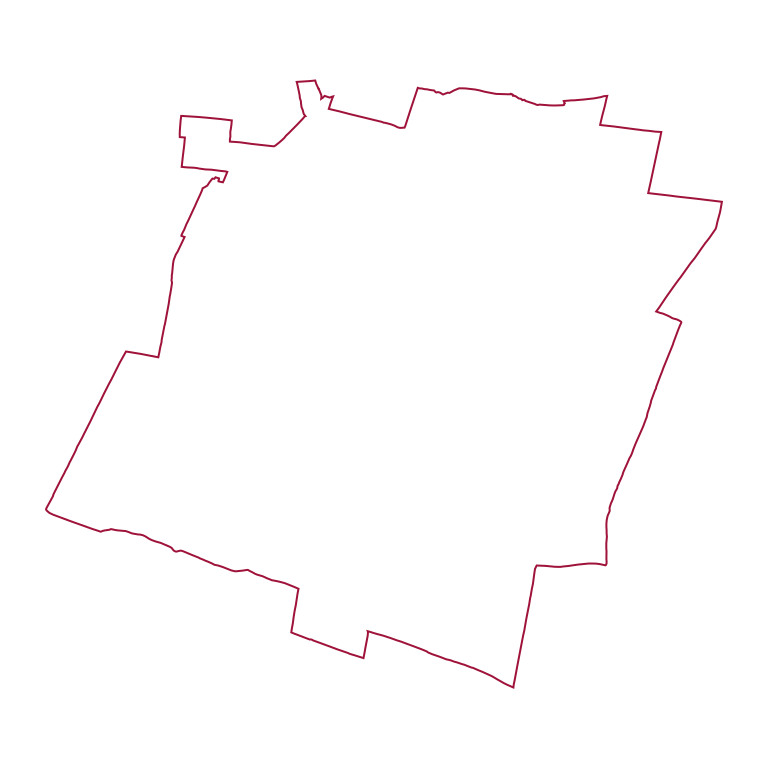 the district of Oprisor, Mehedinti, Romania
{"feature_id": "2599482B3285510863665", "entity_name": "Oprisor", "entity_type": "district", "adm_level": 2, "iso_a3": "ROU", "parent_name": "Romania", "parent_adm1": "Mehedinti", "projection": "equal_earth", "projection_center": [23.062, 44.291], "detail": "fine", "context": "isolated", "style": "outline", "palette": "rose", "viewbox_px": 768, "rotation_deg": 0, "n_neighbors": 0, "source": "geoboundaries", "source_scale": "gbopen_adm2", "svg_char_len": 6024}
<svg xmlns="http://www.w3.org/2000/svg" viewBox="0 0 768 768"><path d="M513.4,687.5L513.8,684.1L514.6,680.5L517.4,665.4L523.1,635.7L524.2,631.0L526.3,618.9L527.2,614.3L529.2,604.2L530.2,597.8L530.7,595.8L531.8,589.2L532.9,584.0L534.3,573.6L535.0,568.9L536.7,565.5L545.7,565.9L555.1,566.8L560.5,566.9L562.9,566.5L568.2,566.0L577.8,564.6L588.9,563.5L595.8,563.6L599.8,564.1L605.4,565.3L605.9,565.0L606.0,564.9L606.5,563.6L606.6,561.8L606.4,558.9L606.5,551.5L606.3,548.0L606.3,543.4L606.9,536.7L606.6,533.2L606.6,530.2L606.4,527.1L606.4,523.9L606.7,520.1L607.6,515.9L609.6,511.3L609.7,510.0L609.6,509.1L609.6,507.6L611.0,503.2L612.1,500.9L613.2,497.9L614.7,493.1L615.3,491.6L617.1,488.5L617.6,485.8L618.6,484.1L619.3,482.1L620.6,479.4L622.4,475.2L623.4,471.9L627.1,463.7L629.5,458.1L631.0,455.6L632.3,452.4L633.3,449.4L635.6,443.6L643.1,426.6L646.2,418.3L646.5,417.8L646.7,417.2L647.5,413.1L649.8,406.3L650.8,402.7L651.2,400.5L651.8,399.0L655.0,390.3L656.0,388.5L656.1,387.4L656.2,386.9L660.2,376.3L662.1,371.5L663.3,368.1L672.9,344.5L673.4,342.7L678.4,329.3L680.0,325.4L681.1,323.1L681.3,322.5L681.3,322.1L680.9,321.6L679.5,320.7L677.9,319.9L676.5,319.3L674.3,318.8L672.5,318.2L671.8,317.9L670.2,316.9L668.5,316.0L663.9,314.0L662.6,313.5L660.4,313.0L656.2,311.5L659.2,307.5L666.1,297.2L673.3,287.0L677.9,280.7L680.6,277.2L690.5,263.3L694.8,258.0L702.4,247.1L705.2,243.2L709.1,238.3L715.7,228.8L716.0,227.7L716.3,226.9L716.5,225.9L717.4,221.8L719.9,212.7L720.5,209.8L721.9,201.8L695.5,198.6L676.5,196.5L669.9,195.6L648.2,193.1L650.9,180.9L658.9,143.4L659.7,140.0L661.3,132.0L654.9,131.6L649.6,130.9L642.9,130.3L639.6,129.8L635.3,129.3L614.0,126.5L601.0,125.1L600.1,124.9L602.1,116.3L605.0,105.3L606.3,99.3L607.2,95.9L603.8,96.2L600.9,97.1L593.9,98.4L583.9,99.5L574.4,100.3L572.2,100.3L564.0,101.0L563.7,101.1L564.8,103.4L564.1,104.0L564.1,104.8L563.3,105.2L554.9,105.5L550.1,105.4L539.7,104.6L537.4,105.0L536.1,104.6L535.0,104.0L525.4,100.9L525.1,100.4L524.2,99.8L522.3,100.2L521.9,99.6L520.8,98.8L518.7,98.4L515.5,96.1L514.8,96.1L514.2,95.7L513.0,95.8L512.9,95.5L513.1,95.1L512.9,94.8L512.7,94.8L512.3,94.7L511.9,94.1L511.1,93.9L510.8,94.2L510.4,93.9L509.8,94.2L508.9,94.3L496.0,93.9L484.9,91.8L479.2,90.3L475.0,89.5L465.2,88.4L459.1,88.3L453.8,90.5L449.5,92.9L447.7,92.7L443.0,94.5L442.1,94.0L440.5,92.9L439.7,92.5L437.8,92.1L436.4,92.5L435.9,92.3L435.1,91.6L434.1,90.5L430.2,90.0L427.0,89.3L424.8,89.2L421.8,88.5L419.4,88.4L418.2,87.9L417.8,87.8L410.7,109.1L405.3,125.9L404.5,127.7L402.9,127.7L401.1,127.9L399.4,127.8L397.5,127.2L394.8,125.8L391.5,124.5L387.2,123.3L385.0,122.8L383.4,122.6L382.3,122.0L349.4,114.0L339.1,111.3L328.8,108.9L330.5,103.4L332.1,98.9L333.1,96.4L331.3,96.9L329.8,97.6L324.6,95.9L323.1,97.5L321.2,98.8L321.4,97.1L321.4,95.9L321.2,94.9L319.5,90.7L318.4,88.7L318.7,88.6L318.1,87.8L316.4,84.3L315.2,80.5L309.4,81.1L296.7,81.9L297.4,84.6L298.6,90.2L299.1,92.7L299.6,95.2L299.9,98.2L300.7,100.6L300.9,101.5L301.0,103.3L301.5,107.1L302.7,110.0L303.7,113.8L304.0,114.3L305.4,116.1L304.9,116.2L302.8,118.7L297.4,124.4L289.2,132.7L286.0,135.7L284.3,137.9L282.1,140.0L279.2,142.5L275.6,145.4L274.3,146.2L273.4,146.3L251.5,143.9L240.0,142.3L229.9,141.6L229.9,139.4L230.1,138.0L230.4,136.7L230.3,133.2L230.4,130.9L230.7,129.8L231.4,124.9L231.8,120.4L220.2,119.0L205.8,117.6L197.3,116.9L181.2,115.9L180.6,120.7L179.9,129.6L179.7,133.7L179.8,137.1L184.9,137.5L184.2,145.3L182.8,156.7L181.7,166.9L186.9,167.4L193.5,167.7L194.9,167.8L197.6,168.2L198.8,168.5L205.2,169.4L211.4,169.7L221.5,171.0L225.6,171.4L227.3,171.9L224.2,179.5L222.9,182.3L220.8,181.9L218.5,181.3L218.4,180.8L218.9,179.5L219.0,178.4L215.5,177.3L214.4,178.8L212.4,178.6L209.6,182.1L207.4,185.5L205.2,186.9L202.6,188.3L202.1,190.1L200.4,194.1L196.7,202.1L195.1,205.8L193.3,209.6L188.0,221.1L186.6,223.8L184.1,229.9L182.9,232.1L181.7,234.6L181.4,235.6L181.4,235.9L184.6,237.0L177.5,251.9L175.9,254.4L174.2,258.6L173.5,260.8L173.0,264.1L172.1,273.9L171.8,275.1L171.8,277.8L171.5,280.4L171.9,282.0L172.0,283.1L171.3,287.8L170.1,294.9L169.8,296.1L169.0,301.8L168.7,303.9L164.9,324.3L164.5,325.5L161.7,339.8L161.5,342.3L160.4,346.6L159.2,353.0L158.3,357.3L140.7,353.9L126.0,351.5L119.7,362.8L111.4,379.4L109.0,383.8L104.3,393.0L99.6,402.7L97.3,406.9L90.5,421.1L83.9,434.1L82.3,437.4L77.9,445.5L77.4,446.2L75.7,450.5L73.8,454.4L70.4,461.0L69.5,462.6L68.7,464.6L67.6,466.9L65.3,471.0L64.3,473.2L62.2,477.1L53.8,493.6L53.2,495.2L52.9,496.3L52.6,496.9L47.2,506.7L46.1,508.9L46.1,509.5L46.5,510.3L47.3,511.1L49.4,512.9L53.4,514.8L70.9,521.3L92.5,529.0L98.4,530.9L100.2,531.6L101.1,531.6L102.7,530.9L104.3,530.5L109.2,529.8L111.0,529.1L111.6,529.2L115.7,530.1L118.0,530.4L125.8,531.1L128.5,532.0L131.2,533.1L132.5,533.5L137.7,534.4L140.3,534.6L142.4,535.1L143.3,535.4L145.2,536.3L149.3,538.9L151.8,540.1L155.4,541.4L160.7,542.9L170.0,546.9L171.0,547.5L171.8,548.1L173.1,549.8L173.6,550.4L174.4,551.0L175.6,551.5L176.5,551.6L180.0,550.7L181.2,550.7L183.0,551.2L191.1,554.6L197.3,557.1L198.0,557.3L199.8,558.3L203.3,559.7L205.9,560.9L207.1,561.3L211.9,563.4L214.1,564.6L214.9,564.9L218.1,565.5L223.0,567.1L231.3,570.4L232.6,570.7L234.5,571.2L236.1,571.3L242.7,570.6L246.5,570.0L247.6,569.9L248.3,570.1L249.4,570.8L252.6,572.4L255.1,573.8L256.5,574.4L258.0,574.9L262.5,576.2L265.4,577.5L266.8,578.2L269.2,579.1L272.1,580.3L273.7,580.5L279.0,581.6L284.7,583.1L293.7,586.7L298.5,588.8L297.5,593.9L295.8,605.2L294.7,610.5L293.8,616.0L292.8,623.5L291.7,629.5L291.3,632.4L292.9,633.1L309.7,639.5L310.8,639.4L312.2,639.8L312.9,640.3L313.6,640.6L320.5,643.1L337.2,649.3L348.0,653.0L349.8,653.9L354.0,655.1L363.5,658.1L364.9,650.8L365.1,649.4L367.7,635.7L368.0,632.1L367.7,631.2L368.8,631.5L374.9,633.4L383.7,635.8L390.7,638.1L396.8,640.3L401.0,641.6L421.6,649.3L426.7,651.4L428.2,652.5L432.2,654.2L439.5,656.7L446.5,659.4L448.7,659.8L450.9,660.4L454.0,661.6L457.0,662.4L462.0,664.1L464.2,664.7L471.3,667.5L473.1,667.9L477.4,669.8L482.5,671.9L491.1,675.8L493.0,676.8L496.8,679.1L504.0,683.2L506.8,684.6L513.4,687.5Z" fill="none" stroke="#9f1239" stroke-width="2"/></svg>